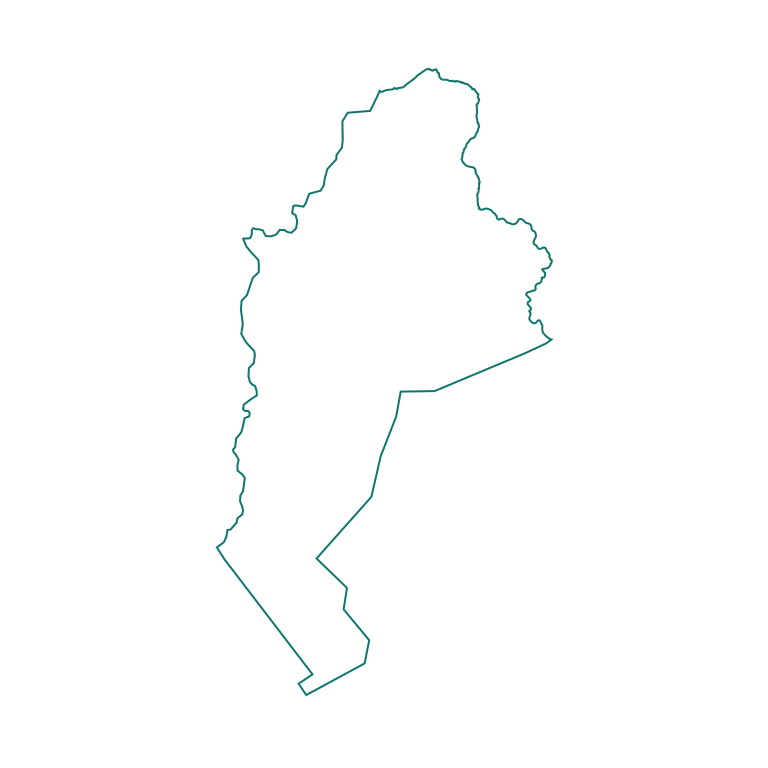 the district of Municipality D, Montevideo, Uruguay, rotated 8°
{"feature_id": "84410073B61220439559316", "entity_name": "Municipality D", "entity_type": "district", "adm_level": 2, "iso_a3": "URY", "parent_name": "Uruguay", "parent_adm1": "Montevideo", "projection": "natural_earth1", "projection_center": [-56.128, -34.798], "detail": "fine", "context": "isolated", "style": "outline", "palette": "teal", "viewbox_px": 768, "rotation_deg": 8, "n_neighbors": 0, "source": "geoboundaries", "source_scale": "gbopen_adm2", "svg_char_len": 6003}
<svg xmlns="http://www.w3.org/2000/svg" viewBox="0 0 768 768"><g transform="rotate(8 384 384)"><path d="M531.1,245.3L531.7,243.7L532.2,243.1L532.4,242.7L532.2,242.2L532.3,241.7L533.0,240.4L533.1,239.7L533.0,238.8L532.9,238.2L532.7,237.9L532.3,238.1L531.9,237.9L530.4,235.7L530.1,235.1L530.0,233.2L528.9,231.5L528.6,231.0L528.1,231.0L527.4,230.4L526.5,229.2L526.0,228.2L525.3,227.3L524.5,226.6L523.8,226.6L522.9,226.7L521.1,227.7L520.4,228.3L519.6,228.6L518.6,228.6L517.7,228.0L516.9,227.4L516.5,226.5L515.4,225.7L513.6,224.8L512.6,223.9L512.4,222.7L512.6,221.0L513.3,218.9L513.8,217.4L513.8,215.8L513.5,214.4L512.7,213.0L511.7,212.0L509.8,211.4L508.9,210.6L508.0,207.7L507.5,206.6L506.5,205.6L505.2,205.0L502.3,204.7L501.5,204.3L499.5,202.7L498.9,202.3L497.1,201.6L496.0,201.6L495.1,202.0L494.4,202.6L493.8,204.2L493.0,205.8L492.4,206.5L491.7,207.1L490.9,207.5L489.4,207.9L487.7,207.7L485.9,207.1L483.9,207.1L483.1,206.8L482.4,206.3L481.7,205.5L480.5,204.5L479.8,204.1L478.4,203.7L477.8,203.9L476.2,204.2L475.2,205.2L474.6,205.2L474.1,205.0L473.0,204.3L472.8,204.0L472.1,202.0L469.8,199.8L468.1,198.9L466.7,197.6L465.0,196.6L464.0,196.4L462.6,196.3L461.7,196.0L460.7,196.0L457.6,197.4L456.1,197.9L455.0,197.7L454.1,197.1L453.7,197.1L453.8,196.5L453.3,195.3L452.1,193.8L452.1,192.6L451.7,191.9L451.5,191.0L451.1,189.1L450.9,187.3L450.1,184.5L450.0,183.0L450.7,181.6L450.8,179.9L450.7,178.4L450.8,177.5L450.4,177.2L450.7,176.8L450.8,176.1L450.7,174.7L450.5,174.3L450.5,173.2L450.1,172.5L450.1,172.0L450.2,171.6L450.7,171.2L449.7,168.3L449.0,166.8L446.4,163.6L446.1,162.9L445.2,161.3L444.9,160.5L445.0,160.1L444.5,158.8L444.0,158.1L442.2,157.1L437.0,156.8L435.2,156.3L433.1,155.0L431.4,153.4L430.9,152.9L429.5,150.5L429.9,148.8L430.0,147.6L429.7,144.8L430.0,144.1L430.3,143.9L430.4,143.3L430.6,140.8L430.7,140.3L431.5,138.8L432.0,138.1L432.3,137.2L432.4,134.9L432.6,134.5L433.9,132.7L434.9,130.5L435.7,129.3L438.8,127.6L439.4,126.8L440.2,124.2L440.5,123.7L440.6,122.3L441.5,121.4L441.7,120.5L441.6,118.8L441.8,118.5L442.0,117.1L442.4,116.0L442.3,115.4L441.9,114.3L441.5,114.1L440.9,113.2L441.1,112.6L440.9,112.1L440.2,111.7L439.6,109.8L439.6,109.2L438.3,106.6L438.3,104.0L438.2,103.3L438.5,102.0L438.1,101.0L437.7,98.8L437.6,96.9L436.9,95.8L436.8,94.7L437.1,94.0L437.7,93.6L438.1,92.8L438.3,91.8L438.5,89.5L438.7,89.0L438.6,88.6L437.4,87.7L437.0,87.0L437.2,84.3L437.0,83.9L436.6,83.5L435.9,83.2L434.9,82.3L434.5,81.9L433.3,80.3L432.9,80.2L432.4,79.8L432.3,79.5L432.1,79.4L431.7,79.4L431.4,79.7L430.4,79.8L430.1,79.4L429.9,78.9L429.2,78.0L428.3,77.5L427.9,77.5L426.8,76.7L426.3,76.5L425.6,75.7L425.1,75.5L423.3,75.5L422.4,75.1L421.7,75.3L421.2,75.1L420.5,74.6L420.1,74.5L419.5,75.0L419.0,74.8L418.5,74.4L418.3,74.6L417.6,74.2L416.1,74.1L414.3,73.8L414.1,73.8L413.5,74.2L413.2,74.5L412.8,74.6L412.5,74.6L411.8,74.1L411.3,74.6L411.0,74.6L409.9,74.5L409.5,74.3L409.2,74.6L408.7,74.4L407.0,74.8L405.9,74.5L404.5,74.0L404.0,74.1L401.6,74.2L400.1,74.5L398.2,74.1L397.9,73.9L397.4,73.2L396.7,72.8L396.3,72.4L395.9,71.4L395.7,70.5L395.3,69.7L395.2,68.9L395.0,68.5L393.8,68.3L393.6,68.0L393.3,67.1L392.8,66.4L392.3,65.7L391.7,65.2L391.3,65.2L390.7,65.8L390.0,65.8L389.6,65.9L389.3,66.4L388.3,66.8L388.2,67.0L387.8,66.9L387.1,66.3L386.8,66.2L386.2,66.5L385.4,66.3L384.8,65.6L383.3,66.3L382.6,66.2L378.2,70.0L376.9,71.5L376.0,72.0L375.4,72.6L373.4,74.8L372.8,75.9L370.6,78.3L365.0,83.7L362.1,87.0L361.1,87.8L357.1,88.9L356.6,89.1L356.3,89.7L355.5,90.0L354.8,90.1L354.1,90.0L354.0,89.5L353.2,89.6L352.2,90.2L351.4,91.1L347.4,92.1L346.3,92.3L343.7,93.5L341.6,94.9L340.9,95.1L339.8,94.9L339.0,94.3L337.2,100.4L332.3,115.5L310.4,120.4L306.5,129.0L306.3,129.9L309.2,148.4L309.4,156.0L305.2,163.6L305.4,168.3L298.0,179.0L296.7,189.7L296.7,195.8L294.3,201.4L283.5,206.0L281.3,215.9L279.6,219.6L271.5,219.4L269.4,220.4L269.2,227.5L273.0,229.1L275.4,234.9L275.3,242.0L271.4,247.0L267.7,247.1L263.5,245.3L259.2,246.1L256.2,251.3L251.5,253.5L246.4,254.0L244.1,251.0L242.8,248.8L239.0,248.2L235.5,248.5L232.9,247.9L231.6,250.0L232.3,254.4L231.1,258.3L228.4,258.9L226.2,259.2L224.4,259.7L228.3,266.7L233.8,271.8L242.2,278.6L243.4,282.9L244.4,290.7L239.3,297.1L235.9,315.1L231.4,321.5L232.0,330.3L235.8,344.1L235.7,354.3L241.3,361.6L244.6,364.4L250.9,369.5L252.1,373.2L252.2,381.3L248.0,387.0L248.7,395.1L250.9,400.6L253.6,402.9L256.6,403.9L258.9,408.8L259.6,413.0L254.3,417.7L248.1,423.8L247.9,428.4L250.1,430.0L253.4,429.8L255.1,431.4L255.0,434.9L252.5,436.1L250.7,437.4L250.1,446.6L249.3,451.9L245.2,458.5L245.4,467.2L243.7,469.9L244.4,472.2L247.2,474.7L250.6,479.1L250.2,485.5L251.1,490.2L256.5,493.4L259.3,496.5L259.3,509.9L257.3,514.6L257.8,520.3L260.4,524.7L262.0,528.7L261.7,533.0L257.5,537.4L257.4,541.6L252.3,549.5L249.3,550.4L249.2,557.0L247.4,563.0L241.2,569.1L250.5,579.9L353.6,681.5L341.1,692.7L350.3,702.8L403.7,663.4L405.0,639.8L375.4,612.8L375.7,591.1L341.5,566.2L387.2,497.5L390.8,455.9L400.6,414.5L401.6,389.2L435.0,384.0L519.7,333.7L539.3,321.0L543.6,316.6L542.4,316.4L541.6,316.2L537.8,314.1L536.0,312.7L534.2,310.9L533.1,307.9L532.9,306.7L532.9,304.8L532.5,303.8L531.9,302.9L531.1,301.9L530.4,300.6L529.7,299.8L528.7,299.3L527.7,299.6L527.0,300.5L526.4,301.6L525.7,302.3L525.0,302.8L524.2,303.1L522.0,302.4L520.1,301.0L519.3,300.1L518.8,299.1L518.8,297.9L519.2,295.1L519.3,293.8L518.8,292.8L517.9,292.1L517.7,291.6L518.9,290.5L519.1,289.7L519.0,288.9L518.6,287.9L515.6,285.4L515.0,284.6L515.0,283.9L515.3,282.7L515.8,282.2L516.5,281.9L517.2,281.3L517.3,280.5L517.0,279.7L516.3,279.0L515.4,278.2L512.6,276.2L512.3,275.4L512.4,274.5L513.0,273.7L514.6,272.7L519.4,270.6L520.3,270.1L520.9,269.4L520.9,268.4L520.4,266.8L520.4,266.1L520.8,264.6L522.1,263.2L523.5,262.8L524.2,262.3L525.0,261.5L525.4,260.6L525.6,258.6L525.9,257.8L525.8,257.2L525.5,256.9L525.9,256.5L527.1,256.3L527.6,256.1L528.0,255.5L528.3,254.8L528.3,253.1L528.2,252.4L528.0,251.6L527.4,251.2L526.5,250.1L525.3,249.5L524.9,248.9L524.9,248.4L525.2,247.9L528.0,247.2L529.8,246.4L531.1,245.3Z" fill="none" stroke="#0f766e" stroke-width="2"/></g></svg>